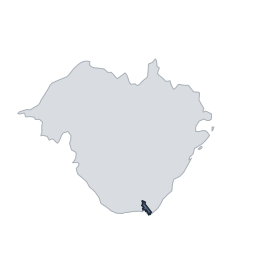 location of Malai, Bântéay Méanchey, Cambodia, rotated 232°
{"feature_id": "14789045B32583136425943", "entity_name": "Malai", "entity_type": "district", "adm_level": 2, "iso_a3": "KHM", "parent_name": "Cambodia", "parent_adm1": "Bântéay Méanchey", "projection": "natural_earth1", "projection_center": [102.55, 13.526], "detail": "fine", "context": "in_parent", "style": "filled", "palette": "slate", "viewbox_px": 256, "rotation_deg": 232, "n_neighbors": 0, "source": "geoboundaries", "source_scale": "gbopen_adm2", "svg_char_len": 4308}
<svg xmlns="http://www.w3.org/2000/svg" viewBox="0 0 256 256"><g transform="rotate(232 128 128)"><path d="M207.1,50.1L207.6,52.1L206.3,55.9L205.0,59.3L202.4,62.3L202.3,64.5L201.4,71.1L201.8,73.2L202.4,75.0L203.2,75.9L205.5,82.4L207.6,88.2L209.7,93.0L210.1,96.1L208.2,103.8L206.1,110.9L206.3,114.4L207.3,118.0L208.3,122.7L208.7,128.7L208.2,132.6L207.2,135.1L205.3,137.6L203.7,138.8L201.7,136.7L200.1,136.6L198.0,137.3L196.4,138.2L193.0,141.9L189.3,145.5L184.2,146.4L182.2,149.0L180.0,149.4L175.9,149.5L173.3,150.2L173.4,151.5L173.2,157.8L173.3,159.3L172.9,159.6L171.0,159.8L167.9,158.9L163.6,157.3L160.6,157.1L159.1,159.8L158.2,160.9L157.0,161.0L155.8,161.5L155.4,162.8L155.3,164.3L155.9,166.9L156.1,171.1L156.0,173.9L157.1,175.7L163.6,181.7L165.5,183.2L165.7,184.1L164.6,187.4L165.6,192.0L163.6,191.9L160.2,189.9L158.6,188.7L156.6,189.7L156.0,189.5L154.6,187.3L152.9,184.9L151.1,184.8L147.3,185.7L143.5,186.3L142.0,186.3L141.4,186.7L139.2,190.2L138.2,189.6L134.3,188.3L130.8,187.8L130.1,188.7L130.5,191.5L131.3,194.2L130.8,195.4L128.9,196.8L126.3,199.4L124.8,201.5L123.7,202.0L119.7,201.9L115.8,202.1L114.3,204.0L112.8,205.5L111.5,205.9L106.4,201.2L96.3,199.6L95.2,197.5L94.2,197.1L93.3,199.8L87.7,202.4L85.4,200.8L83.7,198.9L83.9,196.6L85.5,194.7L88.3,193.3L89.6,188.6L87.5,182.4L85.6,180.7L83.7,179.2L81.6,181.5L79.9,185.4L78.1,187.4L75.6,187.9L71.9,187.7L70.4,181.9L69.9,176.9L70.4,171.2L71.0,167.9L67.4,163.2L67.2,158.8L65.5,156.5L65.0,157.7L65.0,158.9L64.5,158.0L58.9,145.0L58.0,139.0L58.9,134.4L59.5,132.8L57.9,130.4L55.6,127.6L51.5,124.0L51.2,118.2L50.3,111.4L49.1,109.2L47.3,105.0L46.3,101.5L45.9,92.4L46.5,91.6L49.3,91.4L53.0,90.7L53.6,89.2L52.9,88.0L55.3,86.0L58.6,81.4L61.2,76.7L63.1,73.7L64.2,70.7L68.0,66.5L73.2,63.6L76.8,62.9L80.5,61.9L84.0,60.5L85.7,60.4L90.1,62.1L92.4,62.5L94.9,62.5L97.5,62.7L99.7,62.5L105.1,61.3L110.8,62.3L115.9,61.5L122.2,60.1L125.3,61.0L128.1,62.4L128.5,65.2L129.2,66.4L130.1,67.4L131.4,67.4L133.0,65.5L134.3,63.5L134.8,63.1L134.8,64.1L135.5,66.3L136.7,68.4L137.9,69.8L140.0,71.7L141.3,71.8L145.6,70.0L152.0,72.6L152.8,73.9L154.9,76.5L157.2,78.4L162.2,78.5L164.0,73.9L163.1,71.1L160.2,66.1L159.4,63.2L160.3,62.7L165.2,62.2L166.0,61.6L167.1,58.4L168.4,58.7L171.1,59.2L173.9,57.0L175.6,54.7L176.5,55.7L177.5,57.3L178.6,58.3L180.7,59.7L183.0,61.6L184.4,63.5L185.5,64.2L188.4,63.7L189.2,63.8L190.8,61.5L192.0,60.2L193.0,60.6L194.5,60.5L197.5,57.6L199.2,54.9L200.1,54.2L202.8,55.5L203.9,55.2L205.5,51.5L207.1,50.1ZM68.5,174.2L67.9,174.6L67.4,174.6L66.9,174.0L66.9,171.9L67.3,170.7L68.2,170.4L68.5,174.2ZM77.0,194.8L75.9,196.2L74.0,193.3L74.1,192.5L77.0,194.8Z" fill="#d9dde1" stroke="#a8b0b8" stroke-width="1"/><path d="M61.6,94.7L61.8,94.3L61.6,94.2L61.4,93.9L61.2,93.9L61.1,94.0L60.9,94.2L60.7,94.1L60.5,93.9L60.5,94.0L60.4,93.9L60.4,94.0L60.2,94.0L60.1,93.9L59.9,93.7L59.7,93.6L59.7,93.4L59.7,93.2L59.4,93.1L59.3,92.9L59.2,92.9L59.0,92.7L58.9,92.6L59.0,92.5L58.9,92.4L58.8,92.2L58.7,92.0L58.7,91.7L58.4,91.5L58.4,91.4L58.2,91.4L58.3,91.3L58.3,91.2L58.2,91.2L57.9,91.2L57.8,91.3L57.7,91.4L57.5,91.5L57.4,91.6L57.2,91.6L56.9,91.6L56.7,91.6L56.6,91.4L56.4,91.4L56.2,91.4L56.1,91.5L55.9,91.5L55.7,91.6L55.6,90.1L55.5,89.9L55.4,89.9L55.2,89.9L55.1,90.0L54.9,90.0L54.8,89.9L54.8,90.0L54.7,89.9L54.7,90.0L54.6,89.9L54.4,89.9L54.4,90.0L54.3,89.9L54.2,90.0L53.9,90.1L53.8,90.3L53.7,90.3L53.7,90.5L53.6,90.8L53.5,91.0L53.4,91.0L53.2,91.0L52.9,91.1L52.8,91.3L52.7,91.4L52.5,91.5L52.5,91.4L52.4,91.4L52.4,91.5L52.3,91.4L52.3,91.5L52.2,91.4L51.9,91.3L51.7,91.4L51.4,91.3L51.3,91.2L51.2,91.2L51.0,91.3L51.0,91.2L50.9,91.2L50.9,91.3L50.9,91.2L50.8,91.3L50.7,91.4L50.7,91.5L50.6,91.4L50.5,91.5L50.5,91.4L50.4,91.5L50.4,91.4L50.4,91.5L50.2,91.6L49.9,91.6L49.7,91.6L49.4,91.6L49.3,91.4L49.2,91.4L49.1,91.2L49.0,91.3L48.9,91.3L48.7,91.4L48.4,91.4L48.2,91.4L48.1,91.2L47.9,91.2L47.7,91.0L47.4,91.0L47.2,91.2L47.2,91.3L47.1,91.2L47.2,91.3L47.2,91.5L47.1,91.4L47.1,91.5L46.9,91.6L46.7,91.6L46.5,91.8L46.5,92.0L46.4,92.2L46.4,92.4L46.4,92.5L46.5,92.6L46.7,92.8L46.8,92.8L46.8,93.0L47.0,93.2L47.0,93.3L47.1,93.5L47.3,93.6L47.2,93.7L47.2,93.8L47.3,93.9L47.2,93.9L47.2,94.0L47.3,94.1L47.2,94.3L47.2,94.5L57.6,94.6L57.8,94.8L58.2,95.1L58.4,95.4L58.6,95.7L58.8,95.9L59.0,95.9L59.3,95.7L59.5,95.6L59.8,95.5L60.0,95.5L61.2,94.8L61.6,94.7Z" fill="#64748b" stroke="#1e293b" stroke-width="1.5"/></g></svg>